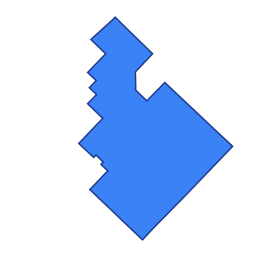 the district of Serra do Mel, Rio Grande do Norte, Brazil, rotated 314°
{"feature_id": "56859067B45182411512134", "entity_name": "Serra do Mel", "entity_type": "district", "adm_level": 2, "iso_a3": "BRA", "parent_name": "Brazil", "parent_adm1": "Rio Grande do Norte", "projection": "albers", "projection_center": [-37.03, -5.14], "detail": "fine", "context": "isolated", "style": "filled", "palette": "blue", "viewbox_px": 256, "rotation_deg": 314, "n_neighbors": 0, "source": "geoboundaries", "source_scale": "gbopen_adm2", "svg_char_len": 612}
<svg xmlns="http://www.w3.org/2000/svg" viewBox="0 0 256 256"><g transform="rotate(314 128 128)"><path d="M117.2,216.2L187.5,216.0L187.0,185.0L186.8,164.6L186.3,125.4L186.4,122.9L160.6,122.7L160.6,112.7L160.6,107.3L166.5,101.4L173.4,94.4L198.5,94.1L198.6,56.9L198.8,41.8L196.3,41.8L165.9,39.8L165.9,60.4L139.9,60.4L140.0,72.2L130.1,72.2L130.2,82.1L119.3,82.1L117.4,82.1L117.4,103.1L82.7,103.3L82.8,113.0L82.9,119.2L83.0,123.8L86.3,123.8L86.3,133.7L83.1,133.8L83.1,143.2L57.2,143.3L57.3,164.8L57.4,182.0L57.4,185.4L57.6,216.1L74.5,215.8L117.2,216.2Z" fill="#3b82f6" stroke="#1e3a8a" stroke-width="1.5"/></g></svg>